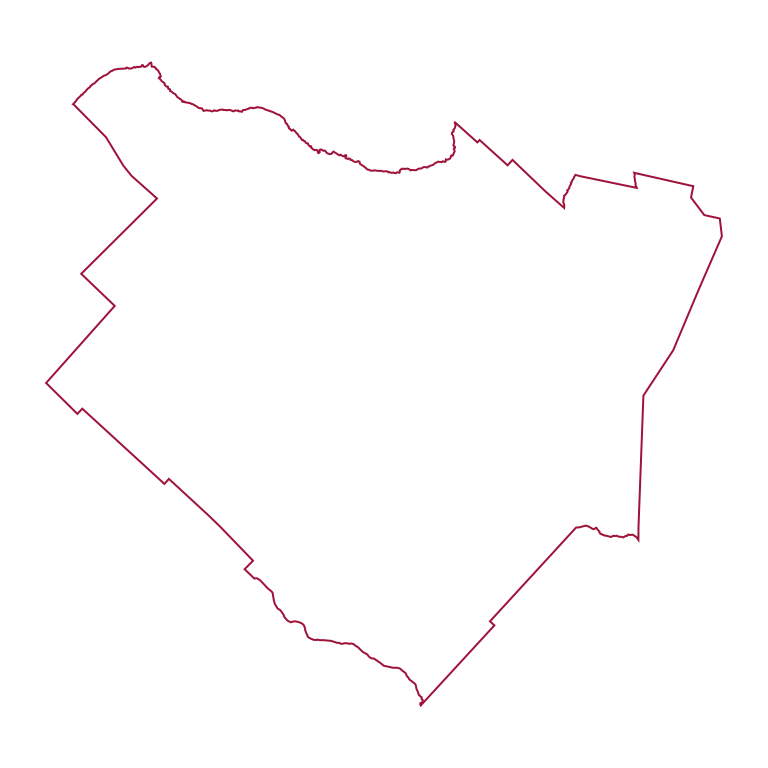 Pergamino, Buenos Aires, Argentina
{"feature_id": "61730980B1305894445547", "entity_name": "Pergamino", "entity_type": "district", "adm_level": 2, "iso_a3": "ARG", "parent_name": "Argentina", "parent_adm1": "Buenos Aires", "projection": "orthographic", "projection_center": [-60.595, -33.858], "detail": "fine", "context": "isolated", "style": "outline", "palette": "rose", "viewbox_px": 768, "rotation_deg": 0, "n_neighbors": 0, "source": "geoboundaries", "source_scale": "gbopen_adm2", "svg_char_len": 6028}
<svg xmlns="http://www.w3.org/2000/svg" viewBox="0 0 768 768"><path d="M454.4,121.8L455.1,123.1L455.1,124.2L455.5,125.2L455.4,126.1L454.7,128.3L453.4,129.9L453.3,130.3L453.7,130.8L453.5,131.6L452.2,132.4L451.9,134.0L453.4,136.3L453.3,137.5L454.3,141.7L453.4,145.5L455.1,147.0L454.9,147.9L454.4,147.9L453.8,148.6L453.8,149.2L454.6,150.7L454.6,151.6L453.4,153.7L453.4,154.5L452.8,155.5L452.5,155.7L451.4,155.4L451.1,155.7L450.7,157.3L450.0,158.6L447.8,159.7L445.9,159.4L445.6,161.6L444.9,161.9L442.6,161.3L441.7,162.1L438.0,161.7L437.6,162.1L435.2,163.1L432.9,165.0L430.2,165.7L429.2,166.5L428.1,166.6L427.6,167.4L427.1,167.6L425.5,167.1L423.8,167.0L421.2,168.5L419.1,168.5L416.0,170.2L411.6,170.0L410.6,170.4L408.7,168.9L408.1,168.8L406.7,168.6L404.8,169.0L403.0,168.6L402.5,168.9L402.0,168.8L401.4,169.4L400.8,169.4L399.7,170.7L399.8,171.9L399.6,172.6L399.2,172.8L397.3,172.2L396.1,173.1L395.0,173.2L393.3,172.5L392.7,172.8L391.5,172.8L389.7,172.2L388.6,172.4L388.4,171.8L386.0,171.2L383.4,171.5L381.4,170.9L377.0,170.8L374.6,170.3L373.9,170.6L371.5,170.7L370.3,170.5L369.1,169.8L367.9,169.6L366.6,169.0L366.3,168.4L364.5,166.9L360.1,163.9L359.7,163.3L359.6,161.8L359.0,161.4L358.0,161.1L356.8,161.9L355.3,161.9L353.6,161.5L352.1,160.1L350.7,160.0L350.4,159.1L349.4,158.5L348.7,158.5L348.0,159.1L347.2,158.5L346.3,158.5L345.5,158.0L345.4,157.6L346.2,156.2L346.3,155.6L346.1,155.2L344.6,155.5L344.0,156.2L343.0,156.2L341.4,155.4L340.7,154.7L339.3,155.3L333.5,151.6L332.3,152.6L331.9,153.5L331.3,153.8L329.6,154.1L327.6,153.4L326.4,152.6L325.8,151.4L324.6,150.5L323.3,150.8L321.8,149.8L320.6,149.4L320.0,149.6L319.6,150.4L319.7,152.2L319.4,152.7L318.4,153.1L317.9,152.5L317.5,150.4L316.9,150.0L314.4,150.1L313.1,149.3L311.0,147.5L310.8,146.9L311.2,146.6L311.1,146.3L310.4,146.2L310.3,146.7L309.0,145.6L308.0,144.2L308.0,143.5L306.1,143.1L304.7,141.1L303.3,140.6L302.9,139.8L302.3,139.7L302.0,139.9L301.7,139.6L300.3,137.3L299.1,136.6L297.8,134.3L297.2,133.6L296.7,133.4L294.9,131.0L293.7,130.3L293.2,129.7L292.2,130.6L291.4,130.6L291.0,129.8L288.9,128.2L288.7,127.6L288.8,126.6L288.2,126.3L287.7,125.5L287.0,123.9L285.8,123.2L284.5,119.3L283.1,117.7L281.9,117.0L279.5,114.9L277.7,114.5L272.7,112.0L269.5,111.0L269.0,110.6L268.2,110.6L266.5,109.8L265.5,109.7L263.4,108.4L260.7,107.6L259.3,107.7L257.6,107.0L256.1,107.7L254.1,107.9L253.0,108.3L251.9,107.8L250.3,107.8L249.3,108.1L249.0,108.6L247.6,108.9L245.2,109.9L242.9,110.1L242.1,111.6L241.5,111.8L240.9,111.4L238.7,111.3L238.5,110.8L238.1,110.5L236.8,110.7L235.3,110.4L233.4,111.4L231.7,110.6L229.1,109.8L226.8,110.4L226.0,110.0L223.6,110.0L222.9,109.6L219.2,109.9L217.7,110.8L215.6,110.8L214.2,110.3L213.3,111.1L212.2,111.3L211.5,111.3L210.0,110.6L208.0,110.6L206.6,110.2L203.6,110.9L201.8,108.3L198.8,108.1L197.0,106.6L192.6,104.1L191.5,104.0L190.4,103.2L186.3,102.5L184.7,101.9L184.3,102.2L183.8,101.9L183.8,101.5L183.3,101.3L182.8,101.9L182.4,101.9L181.5,99.9L177.4,97.1L175.2,94.1L173.4,93.2L171.2,91.4L170.1,91.1L170.1,89.5L169.9,89.2L168.5,89.0L168.1,88.1L168.1,87.0L167.6,86.5L166.4,86.6L164.6,84.7L164.7,83.9L164.4,83.0L162.1,81.5L160.1,79.1L158.8,78.1L159.0,77.5L159.5,77.1L160.2,77.1L160.8,76.5L160.1,74.1L157.9,70.2L156.3,69.3L156.1,68.4L155.6,67.9L154.8,67.6L154.5,66.9L153.8,66.6L152.1,66.8L151.7,66.6L151.5,65.5L151.5,63.6L151.0,62.6L149.6,63.2L148.0,65.1L145.8,66.6L144.8,66.9L143.5,66.6L143.0,65.3L142.1,65.1L141.1,66.6L138.3,67.2L137.8,66.8L137.2,66.8L135.3,67.6L134.7,67.0L133.8,67.2L131.6,68.5L130.0,68.4L129.3,68.7L128.4,68.2L126.6,67.6L126.4,68.1L125.8,68.5L118.5,68.9L113.6,69.8L112.6,70.7L111.1,71.1L109.3,72.4L108.9,73.0L106.5,74.8L103.5,75.9L102.0,77.1L99.1,78.8L94.2,83.5L92.6,84.1L91.5,85.5L90.6,85.8L89.9,87.2L87.8,88.6L84.8,92.1L83.3,93.2L82.6,94.6L81.3,94.8L80.4,96.1L77.4,98.9L75.8,101.3L73.1,104.2L73.6,104.4L106.0,137.2L123.3,165.6L131.6,175.9L157.0,198.5L81.2,273.8L114.7,305.9L46.1,383.0L77.4,413.9L82.3,408.7L164.4,483.9L168.9,478.9L208.5,515.4L220.2,526.7L253.0,560.7L244.6,569.2L254.3,578.5L256.3,578.2L257.6,578.6L260.3,580.4L267.8,588.4L271.6,591.5L272.6,592.8L273.9,600.7L275.0,604.3L277.7,608.6L280.1,610.0L280.9,610.9L283.4,614.6L284.1,615.8L284.1,616.7L287.0,620.1L288.0,620.9L290.8,622.3L293.2,621.5L295.2,621.3L299.1,622.2L302.0,623.5L303.7,625.0L304.7,627.3L305.4,630.8L306.7,634.1L307.3,634.9L307.5,636.3L308.6,637.4L311.5,639.0L314.3,640.0L315.3,639.8L316.7,640.1L317.5,639.6L320.0,640.2L323.0,640.1L331.3,640.9L337.0,642.8L339.0,642.8L341.3,643.9L345.6,643.1L349.6,643.8L351.0,643.5L353.2,643.9L356.3,646.3L357.6,646.9L362.7,651.9L367.3,654.4L368.5,656.1L370.2,657.7L372.2,658.5L373.9,658.5L376.4,660.3L377.2,660.5L378.0,661.5L379.3,662.1L383.7,665.7L392.7,667.7L397.6,667.8L400.0,668.6L402.9,671.1L405.5,673.0L406.3,674.3L406.6,675.7L408.5,677.8L409.3,679.4L414.9,683.7L415.7,684.9L416.5,688.9L418.2,692.6L418.7,694.8L419.9,695.6L420.5,696.7L421.5,697.0L421.7,697.8L421.6,699.0L422.7,699.9L422.4,701.4L422.6,702.2L422.2,702.8L420.4,703.1L420.3,704.3L420.8,705.4L494.4,625.4L490.0,621.3L576.1,527.5L579.2,527.4L585.7,525.6L588.4,526.4L593.1,529.1L594.0,529.1L595.1,528.5L595.7,527.8L596.5,527.9L597.7,529.8L599.5,531.7L599.4,532.4L600.4,533.8L601.7,534.1L602.4,534.8L603.3,534.9L604.8,535.7L605.9,535.6L611.0,537.0L613.3,535.8L615.8,536.0L616.8,535.7L617.8,536.3L619.6,536.8L621.5,536.8L623.1,537.4L626.1,535.8L626.8,536.0L627.9,534.7L628.5,534.5L629.7,535.0L632.8,534.7L636.5,537.2L638.4,539.9L638.5,527.0L643.4,395.6L673.2,350.3L698.4,290.3L721.9,236.3L719.8,218.5L704.3,215.1L691.0,197.5L693.3,186.2L634.1,172.8L634.8,174.6L634.4,176.6L635.3,182.5L635.7,183.7L635.5,184.8L635.8,186.1L636.5,187.0L636.8,187.9L580.7,176.3L575.4,174.9L574.2,176.9L573.8,178.2L571.8,181.1L571.6,182.2L570.9,182.8L571.2,183.8L569.5,186.5L569.3,188.2L568.6,188.8L568.4,189.5L567.2,190.4L567.6,191.3L567.5,191.8L565.4,194.9L564.4,195.4L564.0,195.9L564.3,197.0L563.5,199.4L563.3,202.2L564.1,204.4L564.3,205.9L564.1,207.9L545.0,191.0L512.5,159.9L507.6,165.3L479.6,140.0L477.4,142.4L454.4,121.8Z" fill="none" stroke="#9f1239" stroke-width="2"/></svg>